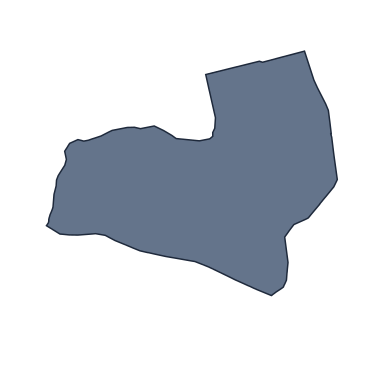 outline of Sabah, Al Bayda', Yemen, rotated 79°
{"feature_id": "15242507B50652394578350", "entity_name": "Sabah", "entity_type": "district", "adm_level": 2, "iso_a3": "YEM", "parent_name": "Yemen", "parent_adm1": "Al Bayda'", "projection": "robinson", "projection_center": [44.675, 14.271], "detail": "fine", "context": "isolated", "style": "filled", "palette": "slate", "viewbox_px": 384, "rotation_deg": 79, "n_neighbors": 0, "source": "geoboundaries", "source_scale": "gbopen_adm2", "svg_char_len": 2015}
<svg xmlns="http://www.w3.org/2000/svg" viewBox="0 0 384 384"><g transform="rotate(79 192 192)"><path d="M197.3,341.3L208.1,329.6L208.6,327.7L210.7,320.7L212.5,312.2L214.1,298.4L214.5,294.6L218.0,285.4L221.1,281.6L224.9,276.9L229.3,270.2L234.2,262.8L235.9,260.3L239.8,254.3L243.0,247.1L243.1,246.7L243.4,245.9L245.4,241.4L247.6,236.3L250.3,230.0L252.2,225.0L252.9,223.1L255.0,217.6L259.5,205.9L260.8,202.4L264.8,196.1L268.8,189.9L275.1,181.4L284.1,169.4L285.3,167.9L286.8,165.9L291.4,159.3L294.7,154.7L295.5,153.4L298.6,149.2L299.4,147.9L299.7,147.6L308.6,134.1L308.8,133.7L308.5,133.1L308.1,132.5L307.2,130.5L306.2,128.5L304.7,124.8L303.7,122.4L302.7,120.4L301.2,119.5L300.1,118.6L299.4,118.1L296.7,116.2L295.8,115.9L292.1,114.9L291.4,114.7L291.0,114.6L290.9,114.6L288.0,113.7L285.5,113.0L283.2,112.3L279.5,111.2L253.9,109.6L251.3,106.8L248.5,103.9L246.5,101.7L243.4,98.2L240.4,85.4L240.1,84.4L240.1,84.2L239.9,83.8L239.7,82.9L238.5,81.4L236.8,79.4L228.3,68.9L228.1,68.9L222.8,62.5L222.2,61.7L215.8,54.0L214.1,51.9L208.9,48.0L207.5,47.0L185.3,45.8L180.4,45.5L164.8,44.4L161.3,44.7L161.2,44.5L161.3,44.2L150.6,43.4L138.4,42.6L137.8,42.6L131.0,44.0L113.6,49.0L105.4,51.0L75.2,54.7L76.7,77.6L78.1,98.0L76.5,100.9L77.8,127.0L79.3,156.1L94.6,155.7L96.9,155.6L103.9,155.4L113.6,155.1L123.6,154.8L127.0,155.7L133.8,157.5L135.7,158.9L137.6,160.3L141.3,161.0L142.9,163.9L143.2,164.5L143.2,175.0L138.5,190.7L137.6,193.8L136.5,197.4L132.6,201.0L126.3,208.1L120.0,216.5L120.0,230.5L118.1,234.8L117.5,236.1L116.9,239.7L116.3,243.2L116.3,258.6L117.2,262.1L119.7,270.7L119.7,270.8L120.6,277.8L120.8,279.7L121.4,283.8L121.4,288.5L120.8,289.8L120.5,290.3L118.8,294.0L120.9,302.8L122.7,304.5L124.9,306.5L125.6,307.2L127.7,309.2L136.1,309.1L141.5,311.8L147.6,317.6L150.4,320.2L154.4,322.7L160.1,324.2L168.0,327.9L180.2,331.3L181.6,332.0L183.1,332.9L184.5,333.8L186.1,334.9L186.8,335.4L187.5,335.8L189.1,336.6L190.4,337.3L191.9,337.9L193.4,338.2L194.9,338.9L197.3,341.3Z" fill="#64748b" stroke="#1e293b" stroke-width="1.5"/></g></svg>